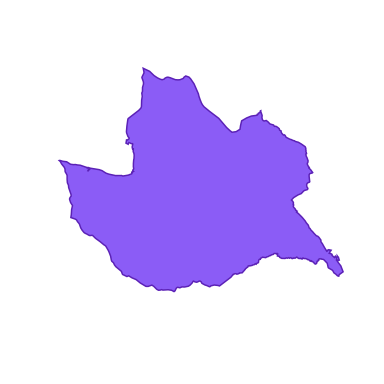 Bello, Antioquia, Colombia (Robinson projection), rotated 338°
{"feature_id": "7082276B79272217078231", "entity_name": "Bello", "entity_type": "district", "adm_level": 2, "iso_a3": "COL", "parent_name": "Colombia", "parent_adm1": "Antioquia", "projection": "robinson", "projection_center": [-75.562, 6.361], "detail": "fine", "context": "isolated", "style": "filled", "palette": "violet", "viewbox_px": 384, "rotation_deg": 338, "n_neighbors": 0, "source": "geoboundaries", "source_scale": "gbopen_adm2", "svg_char_len": 6050}
<svg xmlns="http://www.w3.org/2000/svg" viewBox="0 0 384 384"><g transform="rotate(338 192 192)"><path d="M80.7,113.1L81.3,114.4L81.6,117.1L82.8,121.2L82.9,122.9L82.0,125.7L82.4,128.5L82.4,129.9L80.9,133.6L79.9,136.8L80.0,139.4L79.3,141.7L78.9,149.1L78.5,150.4L76.7,151.6L75.9,152.5L75.7,153.2L75.5,156.3L76.1,159.7L76.0,160.0L73.8,163.2L71.7,167.6L70.1,170.3L73.6,173.4L74.5,174.6L74.7,176.6L75.2,178.0L75.6,179.5L75.4,183.7L75.8,186.2L76.7,189.1L77.5,190.3L78.5,191.3L80.4,193.7L81.1,194.2L82.8,194.6L83.6,195.1L85.2,198.8L88.2,203.6L90.5,207.9L91.2,208.8L91.8,209.9L92.5,214.8L92.6,216.9L92.5,221.0L91.7,224.9L91.7,226.2L92.7,228.2L92.8,230.5L93.4,232.7L96.8,239.1L96.7,241.9L96.8,242.5L100.0,246.0L101.9,246.0L104.2,249.1L107.4,252.3L109.9,256.9L113.9,262.2L115.9,263.1L119.9,263.3L121.2,265.1L122.8,268.9L124.1,270.5L125.6,271.0L127.4,271.2L128.2,272.0L133.3,273.7L136.3,275.5L138.0,277.6L139.2,277.3L141.4,275.3L142.5,274.9L143.2,275.1L144.9,276.3L147.1,276.2L149.5,277.3L153.3,278.0L155.1,277.7L157.9,276.5L159.6,275.2L160.1,275.2L160.9,276.3L162.3,277.3L163.5,277.5L165.4,277.3L166.3,277.8L166.9,278.9L166.9,280.1L167.3,280.8L169.2,283.1L170.6,284.2L172.7,286.4L173.6,286.5L174.3,286.1L177.8,286.6L181.1,288.4L182.3,289.4L195.4,285.8L196.8,285.3L198.5,284.2L199.5,284.1L199.5,283.8L201.2,283.8L202.4,284.4L202.8,285.0L204.4,285.2L204.9,285.0L205.5,285.2L206.0,284.9L206.5,285.2L207.3,285.4L208.3,285.7L211.7,284.0L211.9,283.7L212.3,283.7L213.0,283.1L214.1,282.9L214.8,282.5L215.4,282.6L216.5,281.6L217.4,282.0L217.7,281.9L218.0,282.2L220.3,282.6L221.1,282.4L222.3,282.7L223.0,282.6L223.8,282.2L224.4,283.0L225.4,282.4L226.9,282.4L227.4,282.0L227.9,280.9L228.5,280.1L229.2,279.7L230.1,280.0L230.2,279.6L230.9,279.1L231.8,279.2L232.8,278.8L235.8,280.5L236.7,280.2L238.6,280.4L240.2,280.1L241.1,280.4L242.0,280.0L244.0,280.3L244.9,279.8L245.5,279.9L247.2,280.7L247.2,280.9L247.5,280.9L247.4,281.1L247.9,281.1L248.3,281.5L247.2,283.3L248.9,284.5L248.8,285.3L249.0,285.7L250.4,287.2L253.5,288.5L254.8,288.4L255.5,289.1L257.1,289.1L257.5,289.9L259.0,289.9L259.9,291.3L261.2,291.2L261.6,291.6L262.0,291.5L262.9,292.0L264.7,291.6L265.1,292.0L265.3,292.6L266.3,293.8L267.8,294.2L268.0,294.6L268.7,294.8L268.8,295.3L269.2,295.4L269.7,294.8L270.3,294.9L270.8,295.6L272.4,296.3L273.5,297.2L273.7,297.9L274.8,298.4L275.6,300.2L276.4,300.8L276.6,300.2L276.8,300.3L277.8,302.0L278.4,302.6L278.7,304.1L279.3,305.0L280.0,305.1L280.8,304.8L280.8,304.5L281.6,303.9L282.0,303.2L282.2,303.3L283.5,303.0L283.5,302.6L284.0,302.7L284.2,302.4L284.3,301.9L285.2,301.7L286.2,302.3L286.6,302.2L287.2,303.0L288.2,303.4L289.0,304.4L290.7,308.8L290.0,312.9L290.1,313.5L292.7,316.9L293.1,317.9L293.3,320.1L294.6,322.1L295.4,324.0L296.1,324.8L296.6,325.0L297.1,324.2L297.8,323.7L302.2,322.6L302.3,316.2L301.2,312.4L300.7,309.8L300.4,309.2L300.6,308.9L301.1,309.1L301.2,309.4L301.0,309.8L301.7,310.4L302.2,310.1L303.0,310.3L303.3,307.2L303.0,307.0L302.7,305.6L302.4,306.3L301.6,306.8L301.2,307.5L300.8,305.2L299.5,306.1L298.1,303.2L298.5,302.3L297.5,301.0L296.9,300.8L296.7,300.3L296.4,300.2L297.9,298.8L298.0,298.3L298.7,298.5L299.2,298.1L297.1,296.7L296.5,296.9L295.9,296.7L295.1,297.5L294.8,297.5L294.0,292.9L293.5,288.8L293.0,286.8L293.0,286.0L293.5,284.9L292.7,281.6L292.0,280.1L290.9,279.2L289.6,276.0L288.9,273.8L288.1,272.1L287.7,269.9L287.2,269.3L287.4,266.3L286.4,263.3L286.1,261.3L284.7,256.9L282.6,251.9L281.4,249.8L282.3,249.2L281.9,248.8L281.8,248.1L281.3,247.7L281.3,246.1L280.5,244.2L280.6,243.1L281.3,242.3L281.1,241.6L281.6,241.3L281.6,240.5L282.1,239.7L281.8,237.9L281.4,237.3L281.2,236.7L284.1,235.3L289.3,234.4L292.7,234.4L295.7,233.0L296.8,232.7L299.8,233.0L300.2,232.8L300.7,232.3L300.8,231.8L300.5,230.5L300.6,229.4L301.2,227.9L302.1,227.1L303.3,226.8L304.5,226.9L305.0,226.6L306.5,221.2L307.1,219.8L308.1,219.1L310.8,219.4L311.2,219.2L310.3,215.6L309.5,213.9L309.4,213.4L309.9,213.2L309.5,211.8L309.3,209.8L309.7,208.5L310.4,208.1L311.3,206.6L311.5,203.0L311.3,201.8L311.4,201.2L311.7,199.5L312.5,199.4L312.7,199.1L312.6,198.5L312.8,198.1L312.8,196.7L313.4,196.0L313.4,194.9L313.9,194.2L313.9,192.4L311.3,188.4L309.2,185.7L306.8,183.9L306.2,182.9L304.9,182.0L303.8,180.7L302.5,179.7L300.0,176.8L299.6,175.9L299.6,174.8L299.2,173.7L298.1,173.4L297.3,171.4L297.1,169.9L297.5,168.8L296.4,167.5L296.6,166.0L296.0,164.8L294.9,163.0L294.0,162.3L293.0,162.0L292.7,160.4L290.0,158.3L289.6,157.6L288.7,155.3L287.6,153.5L285.5,153.2L284.7,152.4L284.4,151.2L284.7,149.3L285.7,147.3L285.9,143.0L286.2,142.4L285.8,142.4L284.7,143.8L283.1,143.8L282.1,144.7L281.5,144.5L281.0,145.2L275.4,143.8L270.4,143.8L264.7,144.6L261.9,148.6L260.0,151.8L255.6,152.6L251.5,151.6L250.2,149.4L248.2,145.1L244.4,133.7L238.6,124.0L235.1,117.6L234.4,115.3L234.1,113.1L234.1,109.5L234.3,105.8L234.7,103.3L234.4,92.5L233.1,86.5L232.2,84.3L229.7,82.1L227.8,82.5L226.4,83.4L222.9,83.4L221.0,82.8L218.6,81.6L214.5,77.8L212.7,76.5L211.4,76.2L209.7,76.3L208.3,76.9L206.3,76.7L204.6,75.3L202.7,73.2L200.4,69.8L197.9,64.2L193.1,59.0L192.4,62.8L191.9,63.8L188.9,66.5L188.4,67.2L188.2,71.7L187.5,73.7L185.3,76.5L183.8,80.1L182.5,81.5L181.7,84.7L179.7,88.0L177.1,93.9L176.2,94.9L175.3,95.4L173.1,96.4L160.3,100.0L159.5,101.0L156.4,106.4L153.9,111.3L153.5,112.7L153.4,116.6L153.9,118.1L153.7,119.0L152.9,119.3L152.2,119.3L151.9,119.6L151.3,119.6L150.8,119.2L149.1,122.0L150.7,123.8L151.0,123.3L152.1,122.5L153.9,124.5L155.0,124.9L154.9,125.6L153.5,127.6L153.2,128.5L153.0,130.1L153.7,130.1L152.6,132.6L152.6,134.4L152.2,136.1L150.8,139.2L149.9,140.5L148.4,143.5L147.1,146.6L146.7,148.4L146.0,149.4L145.3,149.5L145.0,150.3L145.4,151.0L144.1,151.0L144.1,151.5L143.7,151.8L143.4,151.5L143.2,152.2L143.0,152.5L139.3,152.5L133.9,151.3L132.8,150.3L127.2,148.1L121.6,144.3L119.3,142.3L116.6,138.5L114.3,136.5L106.6,131.8L105.5,132.7L105.1,132.4L103.8,133.5L103.5,133.4L103.4,133.3L105.9,131.2L104.8,130.3L103.9,130.6L103.4,129.8L103.5,129.7L98.4,125.3L95.9,124.0L94.1,122.8L92.5,122.3L89.8,120.8L87.1,117.0L83.7,115.1L81.3,113.2L80.7,113.1Z" fill="#8b5cf6" stroke="#5b21b6" stroke-width="1.5"/></g></svg>